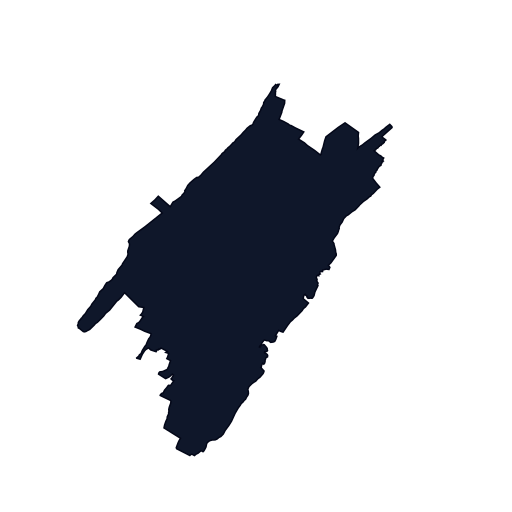 Puiesti, Vaslui, Romania, rotated 234°
{"feature_id": "2599482B4132166404081", "entity_name": "Puiesti", "entity_type": "district", "adm_level": 2, "iso_a3": "ROU", "parent_name": "Romania", "parent_adm1": "Vaslui", "projection": "mercator", "projection_center": [27.45, 46.442], "detail": "fine", "context": "isolated", "style": "filled", "palette": "ink", "viewbox_px": 512, "rotation_deg": 234, "n_neighbors": 0, "source": "geoboundaries", "source_scale": "gbopen_adm2", "svg_char_len": 6116}
<svg xmlns="http://www.w3.org/2000/svg" viewBox="0 0 512 512"><g transform="rotate(234 256 256)"><path d="M295.7,411.6L311.4,406.3L311.7,398.3L311.3,382.7L308.9,379.3L304.5,374.1L303.5,372.5L301.8,370.3L300.5,368.7L300.0,368.8L299.8,367.5L306.9,365.5L315.2,362.5L319.1,361.7L325.6,359.1L326.9,363.7L328.3,367.6L336.6,363.1L340.9,361.1L342.0,360.1L343.8,359.7L348.8,357.3L352.9,354.9L356.8,360.9L357.4,361.7L357.7,361.7L362.7,368.9L365.1,370.8L365.9,370.1L373.7,365.4L375.9,367.2L376.6,367.4L377.3,368.5L378.1,368.8L379.1,369.8L380.0,373.3L381.3,375.7L382.1,374.4L381.6,373.4L383.2,372.7L382.8,371.4L382.4,368.3L380.6,365.6L379.3,362.6L377.9,359.0L376.8,354.8L376.3,354.5L375.7,352.5L374.3,351.3L373.0,348.8L372.5,347.2L371.1,345.3L369.7,342.2L368.3,340.8L367.9,339.5L367.9,338.4L366.8,335.6L365.5,332.5L364.7,331.5L364.4,330.7L364.3,329.4L364.6,327.9L364.8,327.9L364.6,323.8L364.0,321.7L363.5,318.4L362.7,315.2L361.9,308.3L361.0,306.1L360.9,304.3L361.1,303.5L360.8,302.7L360.2,299.7L360.0,296.5L359.6,295.7L359.7,294.8L359.5,293.1L358.6,291.6L358.9,291.1L358.8,288.7L358.3,287.6L356.4,277.4L354.7,262.7L353.7,258.8L353.4,255.1L354.1,254.8L354.4,254.2L354.4,251.0L354.0,246.0L353.2,242.3L351.6,239.2L350.7,236.7L349.9,236.5L349.1,234.4L348.8,232.2L348.0,230.8L348.0,223.0L348.4,220.5L346.3,215.6L361.8,212.1L360.8,207.2L360.3,201.8L351.2,204.5L345.9,205.4L344.9,183.4L344.9,173.5L344.8,171.0L344.1,168.0L343.8,163.6L343.5,162.6L342.6,161.2L340.7,161.0L339.5,160.3L338.2,159.1L335.7,155.5L334.5,154.5L332.7,153.6L331.1,151.4L328.2,143.5L327.4,142.4L326.0,136.5L324.4,133.8L323.2,132.5L322.5,127.6L321.6,125.9L321.4,124.4L321.5,121.1L322.0,120.2L322.1,119.4L321.0,116.5L319.4,113.2L318.9,108.6L317.5,106.2L316.0,103.2L315.9,101.7L315.0,100.3L313.6,95.1L312.4,92.7L311.5,88.4L309.7,84.1L309.2,81.2L308.3,78.8L308.3,77.8L307.9,77.1L307.6,75.3L306.7,73.2L305.6,72.3L304.7,70.8L303.8,70.7L302.1,70.0L301.8,70.4L296.5,71.8L295.6,72.4L294.9,73.9L294.8,75.2L294.3,78.3L295.2,84.5L295.7,86.4L295.6,88.7L296.2,92.9L297.0,97.5L298.0,100.6L298.3,105.8L301.3,116.8L301.3,118.9L301.9,122.6L303.6,128.1L283.9,131.3L280.3,135.0L277.2,131.4L276.3,128.9L276.1,127.7L273.3,129.4L273.1,128.1L271.4,123.6L271.1,122.0L271.4,119.9L269.6,116.4L264.5,119.6L260.7,121.6L255.6,125.0L254.8,125.4L253.7,124.4L252.5,122.4L252.1,120.6L250.1,117.0L248.7,114.9L248.2,112.9L246.4,108.5L244.6,105.6L244.6,103.6L243.9,102.3L243.7,99.5L243.4,99.4L240.6,101.6L243.3,106.3L244.8,110.2L245.1,112.0L244.8,115.1L241.9,115.6L237.3,118.9L237.7,119.8L238.4,120.0L238.2,121.2L237.5,121.5L237.7,122.3L237.5,122.6L237.8,123.1L237.3,123.3L237.1,124.3L237.4,124.7L237.4,125.1L230.9,128.2L231.0,126.3L228.5,128.1L226.2,125.0L225.4,123.5L221.6,125.4L219.0,121.7L218.0,120.6L217.3,119.0L216.7,118.4L216.5,117.3L217.1,114.0L217.5,112.4L218.8,110.1L218.7,109.1L218.0,108.0L217.7,107.7L209.9,110.8L209.3,114.0L209.2,115.3L209.6,118.8L208.2,119.3L206.6,115.8L206.5,115.0L204.6,115.4L203.4,116.2L201.6,111.1L201.6,110.3L202.7,109.6L202.8,108.8L202.0,106.5L201.2,103.1L199.7,100.4L200.2,99.6L200.2,98.3L199.9,97.0L199.5,96.5L189.5,101.9L188.4,101.8L187.0,100.4L184.7,97.0L183.1,95.2L181.5,94.3L180.9,93.4L179.7,92.6L178.1,89.7L176.5,88.3L175.3,86.0L173.0,82.7L171.0,80.5L152.9,87.8L151.8,85.2L150.7,83.2L147.8,78.8L146.7,78.5L133.5,85.2L133.7,86.3L133.3,87.7L130.7,88.9L130.9,91.1L130.5,93.2L130.8,97.1L128.8,98.1L129.0,99.4L130.2,102.0L130.9,103.3L133.2,105.8L133.7,107.2L133.8,109.8L132.8,112.6L131.3,114.7L130.8,116.9L131.0,119.4L130.6,121.4L131.2,124.9L133.0,128.5L134.9,134.5L136.7,139.0L141.0,146.6L143.5,152.3L144.5,155.5L145.3,157.3L145.5,159.6L146.2,161.8L146.2,163.2L147.5,165.7L148.0,167.4L149.1,169.0L150.8,170.1L153.1,171.1L153.9,172.7L154.4,173.1L155.1,177.6L155.1,180.1L154.9,182.2L155.6,185.2L155.6,188.0L156.7,192.6L157.3,193.7L158.2,194.9L162.9,194.4L162.9,194.9L164.1,196.0L165.4,198.3L163.9,198.7L164.3,200.1L165.4,201.4L166.7,202.4L166.9,203.0L167.9,204.3L167.6,206.0L168.7,207.0L169.5,207.2L170.6,207.0L172.7,206.0L173.5,206.8L172.8,207.7L172.5,208.7L172.6,209.5L172.9,209.9L173.8,210.1L174.6,210.7L175.8,210.8L179.4,210.5L180.0,210.0L179.8,209.2L180.9,208.4L179.6,205.6L180.3,205.2L180.9,206.1L181.3,208.1L182.5,210.5L183.2,213.4L181.2,214.8L180.1,216.4L177.5,217.1L176.3,219.3L175.9,220.9L176.8,222.8L178.8,225.7L180.1,224.8L182.5,230.6L180.4,231.7L178.5,233.1L181.3,240.8L182.6,245.1L182.8,247.9L183.3,250.3L183.4,253.9L184.7,261.2L185.4,262.9L185.7,264.6L185.7,266.0L187.1,270.8L193.8,269.1L195.7,271.2L196.2,272.2L196.1,273.1L195.8,272.9L193.2,273.8L192.9,273.6L192.9,273.1L191.2,273.2L190.3,274.4L190.1,275.1L189.1,276.2L188.8,276.7L188.9,277.3L189.8,279.6L192.3,282.6L195.6,288.7L196.2,288.5L197.6,290.3L200.5,290.4L200.5,291.0L200.8,291.5L201.5,291.4L201.9,291.9L203.1,292.0L204.3,293.9L204.3,294.4L203.1,295.2L204.0,295.9L203.7,297.4L204.6,297.3L205.6,298.5L205.1,299.6L204.3,300.7L205.4,301.8L204.1,305.1L202.2,307.1L203.4,309.1L206.0,309.1L206.4,312.5L209.3,321.2L210.4,322.1L212.2,322.7L214.2,323.9L219.5,325.9L220.3,326.4L223.2,326.5L224.7,329.8L226.3,335.1L227.5,337.0L228.6,338.3L229.2,339.4L230.3,340.1L231.1,341.1L231.8,342.3L232.8,345.6L234.7,349.0L235.4,352.8L235.1,354.8L235.4,359.5L235.1,363.3L236.1,368.9L236.4,369.7L237.0,374.9L236.9,379.5L237.3,382.8L237.0,383.9L237.7,385.5L237.7,387.6L238.8,393.4L238.9,396.6L244.8,396.1L250.5,396.0L251.7,397.8L251.8,398.8L252.4,399.2L253.3,401.1L253.4,402.2L254.2,402.9L254.3,404.2L255.1,405.5L256.1,408.3L255.9,410.4L256.9,411.4L257.1,412.2L257.5,412.4L257.6,412.9L258.0,413.1L257.7,413.9L257.8,414.2L258.3,414.1L258.1,414.8L259.1,414.7L260.2,416.9L261.5,416.2L263.7,415.8L265.5,414.8L271.6,413.4L271.6,415.3L272.2,416.6L271.8,418.0L272.4,419.7L272.2,420.2L272.6,421.5L272.0,422.2L272.6,423.5L272.3,424.1L272.4,425.3L272.8,425.7L272.5,426.4L273.5,427.5L273.3,429.0L273.6,429.3L277.0,428.2L278.6,428.1L279.9,441.4L280.2,441.8L281.0,441.7L281.1,442.0L283.9,441.6L283.8,436.6L283.5,434.4L283.6,431.9L283.3,428.1L283.9,423.5L283.5,418.4L283.5,410.4L283.3,407.5L283.7,402.9L283.4,401.6L286.9,405.2L291.0,408.1L293.0,409.2L295.7,411.6Z" fill="#0f172a" stroke="#020617" stroke-width="1.5"/></g></svg>